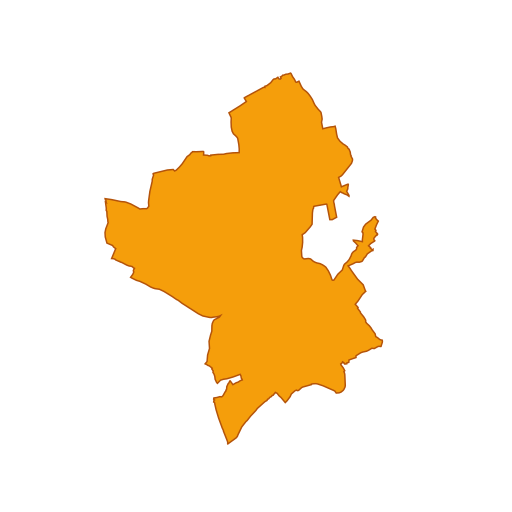 outline of Criseni, Salaj, Romania, rotated 308°
{"feature_id": "2599482B83066193971457", "entity_name": "Criseni", "entity_type": "district", "adm_level": 2, "iso_a3": "ROU", "parent_name": "Romania", "parent_adm1": "Salaj", "projection": "albers", "projection_center": [23.064, 47.251], "detail": "fine", "context": "isolated", "style": "filled", "palette": "amber", "viewbox_px": 512, "rotation_deg": 308, "n_neighbors": 0, "source": "geoboundaries", "source_scale": "gbopen_adm2", "svg_char_len": 6152}
<svg xmlns="http://www.w3.org/2000/svg" viewBox="0 0 512 512"><g transform="rotate(308 256 256)"><path d="M333.3,344.1L332.5,343.8L332.6,341.3L333.2,341.2L333.3,338.4L336.3,338.7L340.9,340.3L341.3,340.1L341.3,339.2L341.7,338.6L342.4,338.0L345.8,338.0L346.8,338.6L347.5,338.0L348.0,338.4L348.3,338.1L348.8,335.1L350.1,334.7L350.4,333.1L355.0,331.7L358.8,330.9L358.9,329.3L359.4,326.9L360.4,326.3L360.2,325.5L358.6,324.6L355.1,324.6L348.6,322.8L345.0,322.9L340.3,324.7L340.3,325.7L339.0,327.0L334.3,329.8L332.8,331.0L330.5,326.3L328.4,322.9L327.9,323.4L327.8,324.1L327.6,326.5L326.9,330.1L324.7,330.0L323.6,330.9L322.0,331.0L319.3,330.1L317.6,330.0L316.3,330.2L314.8,330.8L310.5,331.6L307.5,331.5L304.2,330.8L302.8,330.9L298.1,332.6L292.0,331.7L284.9,332.2L284.3,331.6L284.0,331.1L284.0,330.6L286.7,326.5L288.8,322.2L290.2,317.9L290.2,316.2L290.0,313.8L289.4,311.1L288.0,308.2L287.3,305.8L287.1,303.8L287.3,301.3L287.1,300.3L286.2,298.7L283.7,296.2L283.2,295.3L283.2,294.2L283.5,293.0L283.8,292.4L288.3,288.4L291.4,286.9L295.4,284.4L299.3,281.3L301.2,279.3L304.7,280.4L312.4,280.8L315.6,280.6L324.6,274.0L327.8,272.1L329.1,271.9L330.5,271.0L330.9,271.1L340.1,279.3L340.4,279.8L340.1,280.3L330.1,291.8L331.6,293.7L336.2,295.7L343.7,287.1L345.0,285.8L346.2,284.2L347.5,283.0L354.5,282.6L358.6,282.8L358.7,284.5L359.1,285.7L359.3,287.1L360.2,290.1L360.3,292.5L360.7,292.3L361.2,291.5L362.8,287.6L365.4,287.0L366.3,286.3L369.1,284.8L369.3,284.3L368.4,283.7L363.1,280.7L368.8,272.7L371.3,273.8L373.3,274.1L387.8,274.2L390.5,273.3L391.8,272.4L393.1,269.5L393.7,269.1L394.0,268.2L395.9,266.3L397.5,263.5L397.4,263.0L397.6,261.8L398.2,260.9L398.2,258.1L397.9,255.6L398.1,251.6L399.2,247.6L401.5,244.7L405.5,240.4L407.0,238.4L405.7,237.5L403.5,235.2L400.6,232.8L397.4,230.3L401.7,225.3L404.6,223.8L406.4,222.0L409.0,219.0L409.4,218.1L409.9,214.7L411.1,209.8L412.0,207.8L414.0,204.1L415.3,200.4L416.2,197.0L416.5,194.7L416.5,190.5L416.9,189.1L417.5,187.4L420.2,182.2L418.1,181.2L417.6,180.6L417.7,179.9L418.9,177.5L419.8,174.5L421.4,171.2L421.4,170.6L419.1,169.2L417.6,167.6L415.6,166.5L414.9,165.7L413.7,165.7L412.2,165.0L411.6,166.3L410.5,166.3L409.9,165.6L409.7,164.9L410.3,163.2L407.7,162.4L406.6,161.2L405.5,160.9L401.6,160.9L397.0,159.7L395.2,158.5L394.3,159.2L394.0,158.5L393.3,158.0L374.1,149.6L373.3,149.4L371.8,153.3L364.5,151.0L352.2,146.5L349.9,151.0L349.4,151.6L346.2,153.9L342.3,157.2L339.6,160.4L338.4,163.0L338.2,165.9L337.8,168.3L337.3,169.3L333.2,173.9L330.0,176.9L327.1,179.1L322.9,174.1L318.5,169.6L316.3,167.9L312.7,163.5L307.7,158.3L307.3,158.7L307.0,158.5L306.0,157.3L305.5,155.8L303.3,152.5L305.1,151.3L306.0,150.4L305.8,149.9L301.5,144.9L299.1,141.7L298.4,141.8L296.7,141.3L295.3,141.5L291.9,140.5L283.2,141.1L278.9,140.9L274.4,140.3L272.9,139.5L273.2,137.5L269.2,133.2L258.2,124.5L257.3,124.3L256.9,125.3L256.4,125.6L252.6,127.0L251.0,128.2L241.6,132.6L233.7,137.2L231.9,138.4L229.2,140.9L226.7,141.0L225.8,140.5L223.9,138.0L221.5,135.5L221.4,134.0L219.9,125.3L218.4,120.5L217.8,119.2L215.7,116.0L211.6,107.6L208.3,101.8L207.8,102.4L207.9,102.8L206.8,104.2L206.3,104.4L206.0,104.9L205.9,104.1L201.5,108.6L199.7,109.9L199.3,111.0L195.6,114.2L193.6,116.6L191.7,118.3L191.4,118.9L184.9,120.9L181.5,122.6L178.2,125.5L174.4,130.6L176.0,136.5L175.5,137.9L175.4,139.5L175.5,140.9L165.1,143.8L166.1,145.3L166.7,147.0L166.5,147.7L167.4,151.3L167.8,152.0L167.6,152.5L168.3,154.3L169.3,159.9L170.1,162.4L170.9,163.5L171.1,164.3L171.5,165.0L171.2,166.8L171.5,167.8L169.2,168.2L168.6,168.7L168.3,169.4L167.7,169.7L165.5,170.2L162.0,170.3L162.2,171.9L163.2,176.7L164.5,180.0L165.2,183.0L166.0,186.4L166.7,192.0L167.4,194.6L168.1,196.5L170.3,200.3L171.4,205.2L172.5,214.9L172.8,220.3L173.1,221.2L173.2,223.0L173.2,226.7L175.0,246.1L176.0,251.0L179.1,257.4L180.2,258.9L181.5,260.0L183.9,262.4L185.8,264.0L187.2,264.7L185.2,264.8L180.1,262.4L178.6,262.4L175.9,263.1L173.9,264.2L169.5,267.5L165.9,268.8L159.9,271.5L154.5,276.3L148.2,278.8L142.7,282.4L139.7,282.3L140.1,284.0L140.2,285.6L140.7,286.9L140.6,290.6L139.8,290.7L139.0,293.1L137.8,293.7L137.0,295.8L135.7,297.7L133.7,299.7L132.1,302.8L131.9,304.0L136.3,304.5L138.9,306.3L141.3,308.6L146.7,312.5L153.0,316.4L152.2,318.0L150.7,319.6L150.3,320.9L149.9,321.5L148.2,320.4L145.7,319.6L143.9,318.4L140.4,317.0L141.7,312.6L141.4,312.3L139.0,312.8L138.4,312.6L135.1,313.4L132.8,314.9L131.7,314.9L131.1,315.4L130.0,315.3L125.5,316.0L123.9,315.7L122.9,314.1L120.4,312.3L118.2,310.2L117.7,310.4L117.6,310.7L117.0,310.9L117.0,311.9L116.5,311.7L114.9,312.5L115.0,313.5L114.6,314.1L113.8,314.9L110.3,319.2L105.3,326.3L100.5,334.0L99.9,334.9L98.4,337.8L98.0,338.1L92.4,347.6L91.2,349.0L90.8,349.1L90.6,349.5L100.8,352.4L102.7,352.3L103.8,351.9L112.6,350.0L119.4,350.0L120.8,350.3L126.6,350.3L134.1,351.0L136.7,350.9L146.8,352.7L148.9,353.6L150.2,353.3L151.2,353.9L153.1,353.9L154.8,354.7L156.1,354.6L157.0,355.3L158.3,355.1L158.9,355.4L160.4,355.2L160.8,357.2L160.0,360.3L159.9,362.9L158.5,369.3L160.9,369.6L166.2,369.5L169.0,368.8L173.8,369.7L175.2,370.4L175.3,371.4L176.3,372.3L180.4,373.0L181.5,373.5L188.7,378.8L189.1,378.5L190.3,379.5L192.2,381.7L193.0,383.1L195.0,388.7L197.9,400.1L198.1,401.2L197.4,403.6L199.3,405.7L201.1,406.8L203.7,407.4L205.0,407.4L207.6,406.8L208.9,406.1L217.2,399.0L218.1,398.0L219.1,396.4L220.2,396.6L221.5,393.8L222.6,389.8L223.1,389.2L224.3,389.7L225.9,389.4L226.0,391.1L225.9,391.3L225.5,391.6L225.5,392.5L227.0,393.9L227.8,393.4L229.3,394.6L231.4,393.3L237.6,397.3L238.7,396.3L239.2,396.3L244.2,398.1L246.0,399.2L249.1,401.8L250.9,402.7L254.6,404.1L255.9,406.2L259.9,407.9L261.0,409.1L261.2,409.7L261.7,410.2L265.7,408.7L266.8,408.0L267.4,407.2L266.8,406.2L266.4,404.8L266.5,402.0L266.2,400.0L268.0,397.8L269.4,392.7L270.1,391.1L270.8,388.3L271.1,384.7L271.6,383.0L272.9,382.0L273.3,381.2L274.4,378.2L275.5,373.3L276.1,372.8L277.4,368.1L278.3,368.1L279.1,363.9L283.1,364.1L291.0,363.5L295.8,364.2L295.8,363.8L299.3,358.2L300.3,350.2L303.3,339.9L304.1,337.8L304.9,334.7L310.1,337.5L311.9,338.2L313.2,339.2L314.9,341.4L316.8,342.7L317.6,342.9L321.6,342.4L322.6,342.8L326.2,342.4L331.2,343.9L332.3,344.8L333.3,344.1Z" fill="#f59e0b" stroke="#b45309" stroke-width="1.5"/></g></svg>